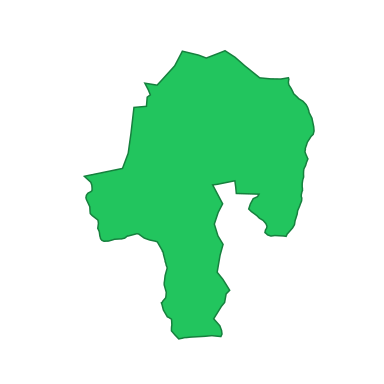 Baroueli, Ségou, Mali (Robinson projection), rotated 106°
{"feature_id": "8926073B94232083808790", "entity_name": "Baroueli", "entity_type": "district", "adm_level": 2, "iso_a3": "MLI", "parent_name": "Mali", "parent_adm1": "Ségou", "projection": "robinson", "projection_center": [-6.505, 13.036], "detail": "fine", "context": "isolated", "style": "filled", "palette": "green", "viewbox_px": 384, "rotation_deg": 106, "n_neighbors": 0, "source": "geoboundaries", "source_scale": "gbopen_adm2", "svg_char_len": 3201}
<svg xmlns="http://www.w3.org/2000/svg" viewBox="0 0 384 384"><g transform="rotate(106 192 192)"><path d="M228.2,291.5L234.3,286.2L237.4,285.1L239.1,284.5L240.8,283.8L242.2,281.4L244.8,274.9L245.0,274.8L245.2,274.5L248.0,273.3L252.0,272.7L252.9,272.6L253.3,272.2L255.3,270.5L255.9,270.1L259.8,268.4L260.4,267.9L261.2,267.5L262.1,267.0L263.3,265.3L263.6,263.0L263.1,261.6L262.2,258.8L259.9,255.1L258.8,253.5L257.0,248.4L256.6,247.0L254.9,244.0L254.4,243.6L252.0,241.9L252.0,241.4L247.4,233.7L247.2,233.4L247.2,232.5L247.1,232.0L247.1,231.6L248.0,229.2L249.4,225.4L249.6,223.1L249.8,219.5L249.6,216.7L249.4,213.9L249.5,211.6L256.7,204.2L257.1,204.2L257.5,203.7L257.9,203.1L258.8,202.7L259.7,202.3L263.9,199.8L265.0,199.1L266.3,198.6L266.6,198.4L267.6,197.6L269.7,196.5L271.0,195.4L272.0,194.9L279.8,194.8L284.5,194.0L285.2,193.9L286.9,193.7L288.0,193.4L289.0,193.1L289.8,192.6L293.7,190.2L295.5,189.1L298.0,188.6L299.5,188.3L301.1,188.2L304.5,189.8L305.2,190.0L306.2,190.2L307.0,190.9L308.3,189.9L310.4,188.7L313.3,187.0L318.8,181.3L319.0,179.8L319.9,176.7L320.3,176.5L320.9,176.3L321.6,176.0L325.4,174.7L327.2,174.5L328.1,174.3L329.3,174.0L329.6,173.9L331.1,173.5L334.1,169.0L335.2,167.1L336.9,164.2L336.5,163.5L335.2,161.0L334.1,159.2L333.5,157.3L332.0,153.7L327.3,140.2L324.6,133.3L323.0,124.4L320.3,124.0L317.0,125.4L312.9,128.4L307.9,136.2L293.8,132.2L289.2,130.2L280.6,131.1L276.1,128.7L271.7,133.5L267.4,138.3L262.2,145.7L245.0,147.6L233.8,147.7L227.0,155.0L216.7,161.7L204.3,161.2L194.9,159.3L179.5,174.1L177.6,169.7L169.4,153.9L175.3,151.3L181.2,149.0L175.6,127.0L178.4,127.7L180.3,129.9L181.5,131.3L183.8,131.8L187.4,132.6L192.7,132.8L194.5,129.5L195.6,126.4L196.9,123.0L198.6,120.0L199.7,115.8L202.0,112.3L204.2,110.5L206.2,110.3L208.3,110.9L210.9,110.7L211.5,109.2L212.4,107.6L212.6,104.0L211.0,100.4L209.0,91.7L208.7,89.3L206.0,88.9L204.8,88.2L204.3,88.0L202.0,86.9L198.8,85.4L195.2,84.5L191.2,85.0L190.2,85.0L188.9,84.9L187.2,84.9L184.4,84.8L180.8,85.3L178.6,85.0L176.1,84.7L175.0,84.6L174.1,84.6L172.4,84.4L171.5,84.3L170.4,84.2L169.3,84.4L167.5,84.8L166.3,85.7L164.5,86.2L162.6,86.3L161.4,86.4L160.0,86.2L159.0,86.6L157.9,86.9L156.7,87.5L156.3,87.6L153.5,88.4L149.6,88.9L146.9,88.8L145.9,89.1L144.2,89.7L141.1,90.5L138.9,90.8L137.3,90.5L135.2,90.1L134.0,90.1L131.8,90.1L131.2,90.0L128.2,89.7L127.6,90.3L126.5,91.2L124.7,92.7L122.3,94.5L119.6,94.8L119.0,95.1L116.6,95.0L115.6,94.9L113.8,94.9L112.2,94.8L111.5,94.6L108.3,93.6L105.8,92.9L103.2,91.4L99.7,91.5L95.7,93.0L89.8,96.1L89.5,96.3L88.0,97.0L87.7,97.3L83.3,101.4L81.6,102.2L79.2,103.9L78.5,104.5L76.6,106.4L74.2,110.3L72.9,115.1L71.9,116.7L69.5,121.4L68.1,122.5L65.7,124.7L65.0,125.4L62.5,128.3L60.3,129.5L58.0,129.9L57.1,129.9L55.6,130.8L58.9,137.7L61.6,147.7L63.6,158.4L56.1,176.2L50.6,187.8L47.1,199.2L51.0,204.2L59.3,215.2L58.6,223.4L59.3,240.1L61.4,240.5L75.5,243.4L93.2,252.1L98.9,255.0L100.4,267.3L105.9,262.1L110.1,258.8L113.2,261.2L122.2,259.4L126.7,271.1L152.6,266.8L172.4,264.0L188.5,265.3L206.4,299.5L206.6,299.8L208.4,296.2L209.3,294.4L209.4,294.2L210.5,292.0L213.0,290.2L215.9,289.1L218.2,288.5L219.5,289.3L221.8,291.7L224.2,292.6L226.7,292.4L228.2,291.5Z" fill="#22c55e" stroke="#15803d" stroke-width="1.5"/></g></svg>